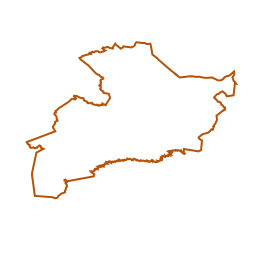 outline of Zentenes pag., Tukums, Latvia, rotated 193°
{"feature_id": "27541924B96888241356563", "entity_name": "Zentenes pag.", "entity_type": "district", "adm_level": 2, "iso_a3": "LVA", "parent_name": "Latvia", "parent_adm1": "Tukums", "projection": "equal_earth", "projection_center": [23.028, 57.169], "detail": "fine", "context": "isolated", "style": "outline", "palette": "amber", "viewbox_px": 256, "rotation_deg": 193, "n_neighbors": 0, "source": "geoboundaries", "source_scale": "gbopen_adm2", "svg_char_len": 5739}
<svg xmlns="http://www.w3.org/2000/svg" viewBox="0 0 256 256"><g transform="rotate(193 128 128)"><path d="M203.5,40.9L185.8,43.6L183.4,43.1L181.2,44.1L180.6,46.1L179.0,47.8L178.2,49.1L175.7,50.6L174.9,51.3L175.0,52.0L175.4,52.6L175.3,53.2L174.8,53.9L174.8,56.5L174.3,57.1L174.5,58.0L174.8,58.8L176.6,60.3L176.4,60.7L175.5,61.2L175.4,61.4L176.2,61.7L177.1,62.3L178.2,62.6L178.0,63.4L177.5,63.6L177.2,63.2L176.1,63.1L175.3,62.4L150.5,73.2L150.6,74.0L150.3,75.0L150.8,75.6L153.8,76.6L154.7,77.4L152.8,77.7L151.3,78.5L150.8,79.5L151.3,80.0L151.2,80.2L150.4,80.7L149.3,80.8L150.0,81.2L148.0,82.0L148.3,82.7L148.1,83.2L148.5,83.4L147.1,83.7L148.2,84.1L147.6,84.5L147.0,84.5L147.0,84.2L146.6,84.3L146.8,85.1L145.7,85.5L145.6,85.3L145.8,85.1L145.1,85.0L144.6,85.5L143.8,85.0L143.0,85.0L143.8,86.7L143.5,86.9L142.6,86.8L142.3,87.7L142.5,88.3L142.2,88.5L141.4,88.2L140.1,88.5L140.6,88.8L140.4,89.1L141.1,89.1L140.9,89.8L141.1,90.0L140.3,90.0L139.7,90.6L139.4,90.0L138.8,90.7L137.6,90.4L138.3,91.2L138.2,91.4L137.4,90.9L136.7,90.7L136.4,90.8L136.8,91.0L136.1,91.3L135.9,91.8L135.5,91.9L134.2,91.7L133.4,92.6L132.8,92.1L132.0,92.9L131.2,92.9L131.9,93.2L131.7,93.4L130.2,93.5L130.4,94.5L129.7,94.6L129.5,95.3L129.1,95.1L128.8,94.2L128.3,94.2L128.0,94.6L126.9,94.8L127.2,94.9L127.1,95.1L124.9,95.8L125.0,96.0L124.1,96.4L123.3,96.2L122.5,96.5L121.7,97.6L121.8,98.0L121.5,98.0L121.3,97.6L120.2,97.8L119.2,98.4L117.7,98.1L117.5,97.7L117.1,97.6L116.0,97.6L115.9,97.8L116.1,98.1L115.8,98.4L114.8,98.3L115.5,98.6L115.7,99.1L115.4,99.4L114.7,99.3L114.6,99.1L113.4,99.2L112.8,98.4L112.5,98.3L112.2,98.4L111.8,98.9L109.2,98.3L108.3,99.5L107.1,99.1L106.6,99.5L105.8,99.5L105.5,99.7L104.1,99.5L103.9,99.8L102.4,100.5L102.3,99.8L101.7,100.1L101.8,100.5L101.2,100.4L101.5,99.9L99.7,99.7L99.4,99.8L99.4,100.3L98.4,101.1L97.6,101.2L96.9,100.8L97.0,101.5L97.6,101.9L97.5,102.2L96.1,102.0L95.0,101.0L93.2,100.9L92.1,101.5L92.4,102.5L91.2,102.1L91.0,102.7L90.4,102.7L90.0,103.3L89.3,103.5L89.5,103.9L89.4,104.1L88.2,104.2L88.4,105.1L88.1,105.3L87.7,105.1L87.7,105.6L88.3,105.8L88.2,106.1L88.4,106.3L89.3,106.1L89.2,106.4L89.4,106.9L88.2,107.0L88.2,107.6L87.7,107.8L88.2,108.4L87.4,108.8L85.6,108.2L85.6,108.5L85.2,108.8L85.4,109.3L84.7,108.9L83.9,109.3L84.5,109.5L84.1,109.8L82.7,109.5L82.6,109.8L83.2,110.1L82.7,110.5L81.5,110.3L82.3,110.6L82.4,110.9L81.6,110.8L81.8,111.0L80.9,111.1L81.4,111.9L80.6,111.6L80.1,111.7L81.1,112.4L80.4,113.1L80.9,113.2L80.9,114.0L81.3,113.9L81.4,113.5L81.6,113.4L82.3,113.4L82.6,113.6L82.5,114.0L83.7,114.3L83.5,114.5L82.4,114.5L82.3,115.0L81.6,115.2L80.2,115.1L80.0,115.3L80.4,115.7L80.1,116.0L79.8,115.9L80.0,115.6L79.5,115.3L79.6,115.7L78.2,116.6L77.0,116.5L76.8,117.2L76.1,117.3L75.0,116.9L74.9,117.4L74.5,117.7L73.5,117.7L72.1,117.2L71.8,118.0L71.2,118.1L71.2,117.8L70.3,116.7L69.5,116.8L69.5,116.3L69.2,115.8L68.2,116.1L67.9,116.0L68.2,115.8L67.4,115.4L66.9,115.8L67.6,116.3L68.2,116.3L68.7,120.1L53.9,121.1L53.6,121.7L51.8,122.7L53.1,132.5L56.0,133.4L57.1,134.8L54.0,138.6L48.6,141.7L46.8,144.5L46.4,145.5L45.1,145.3L44.6,148.6L45.2,148.7L43.9,152.1L43.1,155.8L44.5,160.0L40.0,165.5L39.6,166.3L38.9,166.4L38.7,167.0L37.7,167.6L37.9,167.9L37.6,168.2L38.2,168.9L38.0,169.4L38.2,169.9L39.6,170.0L40.9,171.4L42.2,171.7L43.0,172.6L42.8,172.7L43.3,173.5L44.1,173.8L46.5,173.8L46.9,174.6L48.1,175.2L48.6,175.7L49.7,176.2L51.0,177.1L49.0,180.8L47.2,181.6L46.6,183.0L44.1,185.0L40.8,183.3L38.9,181.1L32.5,183.6L33.9,195.5L32.7,195.5L34.1,196.9L35.6,197.6L37.5,200.7L36.5,204.4L37.4,206.9L40.3,202.7L42.5,200.8L43.4,200.8L45.4,199.1L46.3,197.1L47.9,195.5L49.3,195.0L51.0,194.6L57.4,196.1L64.0,194.2L70.8,193.9L73.0,193.1L77.0,192.9L78.1,192.3L78.5,192.6L88.8,188.9L93.3,190.8L93.5,190.9L93.2,191.1L99.9,194.1L114.0,201.6L115.8,202.8L120.8,205.1L123.5,211.7L125.2,215.1L128.6,214.0L130.9,214.6L133.2,214.0L139.1,213.5L139.7,212.4L140.1,209.9L140.9,208.8L143.0,207.2L150.8,206.5L151.4,205.0L152.9,203.7L158.5,206.5L159.4,207.3L160.8,203.6L160.7,202.0L164.5,202.0L165.9,202.5L168.6,201.0L170.4,200.9L170.9,199.7L168.6,198.6L168.4,198.3L167.7,198.3L168.5,197.5L172.0,195.5L173.3,195.3L174.6,196.1L177.1,195.4L177.9,194.1L180.1,194.2L180.6,193.6L180.5,193.1L181.8,192.8L180.9,191.7L182.9,191.6L183.2,191.2L183.3,190.6L186.0,189.5L187.1,188.5L187.8,188.4L188.8,187.8L189.1,186.7L191.0,185.4L190.0,184.3L180.6,180.0L171.6,174.0L169.9,173.4L169.7,173.2L168.2,173.3L166.2,171.8L163.9,171.6L163.5,170.6L163.3,170.5L163.8,169.9L165.1,169.1L165.6,168.4L165.5,167.8L164.6,166.6L164.9,165.9L164.3,165.0L164.4,164.5L164.2,163.8L164.6,163.5L165.5,163.3L165.5,162.9L163.7,162.0L163.5,161.2L164.0,160.0L163.3,159.6L163.1,159.0L160.3,158.0L160.3,157.5L159.6,156.7L154.4,157.0L152.2,153.2L154.6,146.5L154.9,145.2L157.9,145.9L157.3,145.0L159.3,144.4L159.4,144.7L160.1,144.5L160.3,143.7L161.0,143.2L162.0,143.3L162.2,143.6L162.6,143.3L163.6,143.8L164.1,143.3L164.9,143.2L167.9,143.2L167.9,143.8L168.8,144.5L169.9,144.1L170.2,143.7L172.6,143.2L172.5,143.6L173.0,144.0L173.8,144.1L174.1,144.5L177.1,145.0L177.3,145.8L178.4,146.6L178.2,146.9L178.5,147.0L181.4,146.7L185.2,147.7L187.8,147.3L188.0,147.0L187.9,146.6L186.8,146.3L185.2,145.1L186.0,143.9L186.8,144.3L189.2,143.8L192.1,139.7L199.8,131.8L201.6,128.9L202.3,128.5L201.7,127.0L202.6,127.0L202.8,126.7L202.9,125.0L201.2,123.9L200.0,122.6L199.5,120.9L198.3,119.3L200.4,117.7L200.0,116.2L201.5,112.2L201.2,111.6L198.1,108.4L223.5,91.5L222.7,90.8L222.6,90.2L222.0,90.1L221.4,89.5L220.1,89.5L220.2,88.6L219.5,88.2L219.4,87.6L218.5,86.8L216.7,87.3L215.8,87.9L214.7,87.4L213.8,87.4L213.7,87.8L212.4,88.2L212.4,88.7L211.9,89.0L210.6,90.9L210.3,91.1L208.8,90.6L208.7,89.7L208.3,89.1L207.6,88.8L206.8,89.0L205.6,88.7L211.7,83.4L211.4,63.9L211.1,61.0L203.5,40.9Z" fill="none" stroke="#b45309" stroke-width="2"/></g></svg>